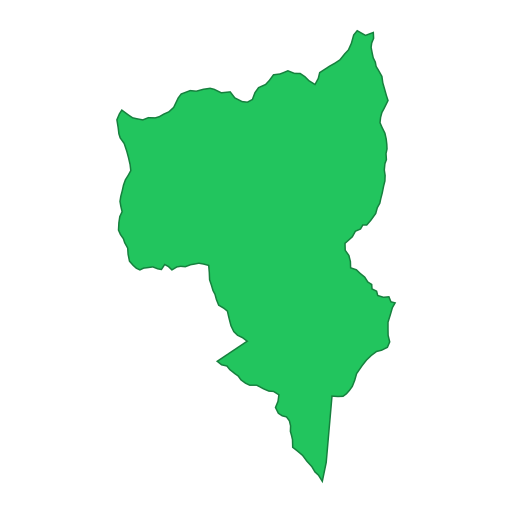 outline of Águas de Santa Bárbara, São Paulo, Brazil
{"feature_id": "56859067B70027359191444", "entity_name": "Águas de Santa Bárbara", "entity_type": "district", "adm_level": 2, "iso_a3": "BRA", "parent_name": "Brazil", "parent_adm1": "São Paulo", "projection": "mercator", "projection_center": [-49.26, -22.879], "detail": "fine", "context": "isolated", "style": "filled", "palette": "green", "viewbox_px": 512, "rotation_deg": 0, "n_neighbors": 0, "source": "geoboundaries", "source_scale": "gbopen_adm2", "svg_char_len": 2783}
<svg xmlns="http://www.w3.org/2000/svg" viewBox="0 0 512 512"><path d="M373.3,32.5L365.5,35.4L357.2,30.7L353.7,35.0L351.4,43.3L348.4,50.0L344.8,53.8L339.9,59.9L334.9,63.2L329.7,66.1L319.7,72.6L318.3,78.4L315.0,84.5L308.9,80.7L304.9,76.7L300.2,73.5L294.4,73.4L287.9,70.8L283.6,72.6L279.9,74.0L273.5,74.8L269.4,80.4L265.6,84.5L258.6,87.6L255.0,92.6L252.4,99.5L247.4,102.2L242.1,101.6L234.8,97.9L230.2,91.9L221.3,92.8L214.1,89.3L210.1,88.3L203.3,89.3L196.3,91.2L190.2,90.6L181.2,94.0L178.2,98.0L173.7,107.4L168.8,111.9L163.8,114.1L159.5,116.6L155.3,117.9L148.3,117.7L142.8,119.9L137.0,118.8L132.6,117.8L128.7,115.2L121.8,110.1L119.4,113.9L116.9,119.8L118.2,127.8L118.9,133.8L120.2,137.9L124.2,143.5L126.8,151.3L128.5,157.6L130.1,164.6L130.8,170.6L128.3,175.2L125.4,179.8L123.5,185.1L122.2,191.0L120.8,196.3L120.0,201.4L120.8,206.1L122.1,211.7L119.8,216.6L118.9,222.7L118.5,230.1L120.5,234.6L123.4,238.7L124.7,242.7L127.7,248.1L128.1,254.3L129.5,261.2L133.2,265.4L136.3,268.2L139.9,269.9L143.7,268.1L147.8,267.6L152.8,266.9L157.7,268.8L161.4,269.5L164.7,264.5L168.4,266.5L171.9,269.9L176.9,266.9L180.6,266.3L185.3,266.7L190.6,264.7L194.7,264.0L198.8,263.2L203.4,264.0L208.7,265.4L209.3,272.5L209.6,279.8L211.4,285.1L213.0,290.5L215.0,294.3L216.4,299.5L218.7,305.2L223.8,308.2L227.4,311.1L228.6,316.4L229.6,320.4L231.0,325.8L233.8,331.6L237.6,335.3L242.6,337.7L247.2,341.2L217.2,361.3L221.6,364.8L226.9,366.0L229.8,369.6L234.8,373.6L238.1,375.9L241.0,379.9L245.5,383.2L249.7,385.2L256.7,385.2L263.7,388.9L268.9,391.1L273.5,391.4L278.9,394.8L278.0,401.4L275.5,407.5L278.4,413.3L282.2,415.8L286.5,416.9L289.4,420.8L290.6,425.9L290.4,431.4L291.6,435.7L292.5,439.7L292.7,447.3L297.3,450.9L302.6,455.4L306.9,461.2L311.8,466.6L315.0,472.0L318.5,475.2L322.3,481.3L326.2,462.5L329.1,429.1L332.0,396.1L338.0,396.5L343.0,396.3L346.4,393.8L349.4,390.4L352.3,386.4L354.7,380.3L356.6,373.6L362.2,365.5L366.6,359.9L371.3,355.4L376.5,351.5L381.6,350.2L387.4,347.3L389.7,341.9L388.1,335.3L388.0,329.4L388.0,322.2L390.3,314.8L392.4,307.6L395.1,302.9L390.9,301.8L388.9,296.8L383.5,297.3L377.7,295.5L376.6,291.2L372.0,288.9L371.7,284.5L367.8,282.0L364.7,277.1L359.9,273.2L356.4,269.8L350.6,267.8L350.4,261.6L348.9,255.5L345.2,250.3L345.0,243.3L348.4,240.3L352.3,236.8L355.4,231.2L360.5,229.0L362.8,225.0L366.7,225.0L370.8,220.3L375.7,213.5L377.3,207.7L379.8,203.2L380.8,198.5L382.2,193.1L383.7,185.7L384.9,181.0L385.1,175.5L384.3,170.0L384.9,163.7L386.4,159.6L386.0,153.6L387.0,148.9L386.8,144.4L386.2,139.0L384.9,133.2L381.9,127.1L380.0,122.7L380.6,117.3L381.9,112.5L383.9,108.8L386.0,104.6L388.0,100.5L386.4,95.6L384.5,88.8L382.8,82.9L381.9,76.4L378.3,70.0L376.1,66.4L375.3,62.1L373.2,57.8L372.1,52.7L371.1,47.3L371.7,43.0L373.6,38.3L373.3,32.5Z" fill="#22c55e" stroke="#15803d" stroke-width="1.5"/></svg>